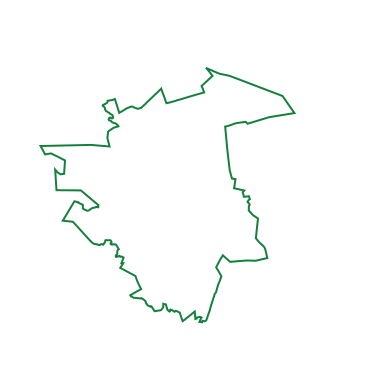 Teopisca, Chiapas, Mexico (Robinson projection), rotated 332°
{"feature_id": "50627088B78954166074167", "entity_name": "Teopisca", "entity_type": "district", "adm_level": 2, "iso_a3": "MEX", "parent_name": "Mexico", "parent_adm1": "Chiapas", "projection": "robinson", "projection_center": [-92.534, 16.553], "detail": "fine", "context": "isolated", "style": "outline", "palette": "green", "viewbox_px": 384, "rotation_deg": 332, "n_neighbors": 0, "source": "geoboundaries", "source_scale": "gbopen_adm2", "svg_char_len": 5771}
<svg xmlns="http://www.w3.org/2000/svg" viewBox="0 0 384 384"><g transform="rotate(332 192 192)"><path d="M213.3,86.3L212.9,86.5L212.4,86.6L211.3,86.9L207.9,87.9L205.6,88.5L203.8,89.0L196.8,91.0L195.5,91.3L193.2,92.0L192.2,92.4L188.8,93.2L187.6,93.5L186.7,93.9L185.6,93.6L184.5,93.4L183.3,93.1L182.6,92.5L181.9,91.7L181.1,90.9L180.4,89.9L179.7,88.8L178.4,88.0L176.9,87.8L175.1,87.7L174.0,87.5L164.9,88.0L167.0,76.9L167.5,73.6L165.0,73.4L160.3,71.9L160.1,72.4L160.0,72.5L159.5,72.8L159.2,73.1L158.9,73.3L158.7,73.4L157.9,73.5L154.0,73.4L153.8,73.6L153.7,73.9L153.8,74.3L154.4,75.7L154.5,76.1L154.5,76.8L154.4,77.3L154.3,77.6L154.2,77.9L154.1,78.2L154.0,79.2L154.0,80.0L154.9,81.3L155.2,82.1L155.5,82.5L156.0,83.2L156.6,84.9L156.8,85.2L157.4,85.9L157.8,86.9L157.8,87.3L157.6,88.3L157.5,88.7L157.3,89.1L157.1,88.9L156.7,89.4L156.3,89.6L156.1,89.6L155.8,89.4L155.1,88.2L154.8,87.9L154.6,87.8L154.3,87.8L153.8,87.8L153.6,87.9L153.3,88.1L153.2,88.2L152.9,88.4L152.6,88.6L152.4,88.9L152.4,89.2L152.4,89.4L152.5,89.7L152.6,90.0L153.7,90.9L153.8,91.3L153.8,91.7L154.0,92.4L154.1,92.5L154.5,93.2L154.8,93.5L155.1,93.9L155.3,94.4L155.7,94.7L156.0,95.1L156.5,95.3L157.1,96.2L157.4,96.8L157.5,97.5L157.7,98.1L158.0,99.0L157.9,99.5L153.3,98.5L147.4,99.0L146.1,99.5L142.6,104.7L140.6,113.1L124.9,103.0L79.9,80.3L80.0,89.9L85.6,91.7L88.6,95.8L94.7,104.5L87.6,115.9L84.1,114.6L82.4,111.2L81.7,108.0L73.2,126.8L94.6,138.4L103.2,159.7L102.8,160.2L102.8,160.3L102.5,160.7L102.5,160.8L102.1,161.4L101.7,161.4L101.2,160.9L101.0,160.5L100.6,160.4L100.3,160.2L100.0,160.2L99.6,160.2L99.0,160.1L97.6,159.7L97.4,159.6L97.0,159.5L96.8,159.4L96.0,159.4L95.5,159.4L95.3,159.4L94.1,159.5L93.8,159.6L93.4,159.6L92.9,159.7L92.2,159.8L91.8,159.7L91.0,159.5L90.6,159.3L89.7,158.1L89.1,157.4L87.8,155.4L89.6,152.2L88.8,150.9L88.3,150.4L87.4,149.2L86.9,148.3L86.9,147.7L86.7,147.6L86.5,147.4L85.9,147.3L85.6,147.0L85.3,146.4L85.1,146.0L84.6,145.6L84.1,145.5L83.9,145.4L83.7,145.1L64.5,156.7L72.9,162.4L79.5,188.3L79.8,188.5L79.8,188.9L79.9,189.6L80.2,190.0L81.0,191.6L81.7,192.3L82.6,192.9L83.0,193.4L83.5,193.6L84.0,193.9L84.4,194.4L84.5,194.8L85.4,195.4L85.9,195.5L86.1,195.5L86.3,195.4L86.8,195.3L87.2,195.4L87.8,195.7L88.2,196.0L88.5,196.6L88.9,196.8L90.4,196.1L90.6,196.0L91.2,195.6L91.5,195.5L91.8,195.3L92.2,194.8L92.2,194.7L92.4,194.5L92.5,194.3L92.9,194.0L93.1,193.9L94.1,194.5L94.7,195.0L95.0,195.2L95.6,195.3L96.8,196.0L97.1,196.2L97.5,196.8L97.6,197.6L97.4,198.4L97.4,198.6L97.0,198.9L96.7,198.8L96.1,198.9L95.8,199.3L95.8,199.6L96.1,200.5L97.2,201.1L97.3,201.1L97.8,201.1L98.0,201.2L98.5,201.7L98.7,201.8L99.0,201.8L99.3,201.9L100.2,202.8L100.5,208.1L99.7,208.2L99.2,208.4L98.6,208.8L98.2,209.2L98.0,209.5L97.9,209.9L97.1,211.4L96.8,211.7L96.1,212.1L95.3,212.1L95.0,212.3L94.6,212.7L94.4,213.1L94.4,213.3L94.4,213.6L94.7,213.9L96.1,214.1L96.5,214.2L96.9,214.4L97.1,214.4L97.5,214.2L97.7,214.3L98.0,214.4L98.1,214.7L98.1,215.0L98.2,215.4L98.6,215.6L99.0,215.7L99.5,215.9L99.9,216.3L100.2,217.1L100.8,217.7L96.3,221.7L97.9,222.6L93.0,225.3L102.6,239.6L102.0,243.6L101.6,248.0L101.5,253.9L96.0,253.9L89.0,254.2L89.1,255.5L89.7,256.0L90.0,256.7L90.4,257.4L90.9,258.1L91.7,258.5L94.2,260.3L94.6,260.4L95.4,261.0L95.7,261.3L96.1,261.6L96.4,261.7L97.0,261.7L97.3,261.9L97.3,262.1L97.4,262.4L98.0,262.8L98.8,264.2L99.3,265.5L99.4,265.9L99.5,266.4L99.7,266.8L99.7,267.2L99.4,267.6L99.3,268.3L99.2,268.9L99.3,269.6L99.5,269.8L99.5,270.3L99.5,271.0L100.0,271.9L100.2,272.2L100.3,272.4L100.6,272.5L100.9,272.6L101.2,272.8L101.3,273.0L101.3,273.6L101.6,273.9L102.2,273.8L102.5,273.9L103.0,279.7L109.1,281.8L109.6,281.6L110.4,281.3L111.2,280.8L112.0,280.5L112.3,280.2L112.6,280.1L112.7,279.9L112.9,279.6L113.0,279.4L113.3,278.9L113.3,278.7L114.0,277.8L114.2,277.3L114.6,277.7L116.2,279.0L116.0,279.8L115.7,281.0L115.6,281.4L115.5,282.6L115.2,282.9L115.0,284.7L115.3,285.1L115.4,285.7L115.9,287.0L116.1,287.0L116.5,287.0L116.7,286.8L117.6,285.6L117.9,285.7L118.0,286.0L118.3,286.3L118.5,286.6L119.0,287.1L119.7,288.3L119.8,288.7L120.1,289.1L120.3,289.5L120.5,289.6L120.9,289.3L121.3,289.2L121.7,289.3L121.8,289.4L122.1,289.4L122.2,289.5L122.5,289.8L123.5,291.4L124.3,292.3L124.5,292.7L124.5,293.0L123.3,299.9L123.2,301.7L125.3,301.3L125.9,301.3L126.8,301.0L128.1,300.8L129.8,300.5L130.4,300.4L138.3,298.8L135.4,305.7L137.0,305.9L137.7,305.2L140.2,305.9L140.9,306.5L141.5,307.3L140.5,307.8L137.6,310.2L138.6,310.9L139.8,311.8L140.8,310.7L142.2,312.0L144.2,312.1L146.7,309.9L148.6,308.0L149.7,307.0L152.1,304.9L153.0,303.9L153.5,303.2L156.4,300.3L157.2,299.6L160.5,296.3L163.0,294.0L164.0,292.7L166.2,291.8L166.7,291.1L167.6,290.3L169.7,288.0L171.3,286.4L172.9,285.0L174.2,284.0L175.3,283.0L176.4,282.0L176.4,281.9L176.6,281.7L177.1,281.4L177.4,281.1L178.4,280.2L178.2,274.0L178.2,273.9L178.0,269.8L185.5,264.7L189.5,262.4L192.9,271.6L201.4,275.2L208.2,278.2L216.2,282.7L217.9,283.1L227.5,285.7L229.9,276.6L229.8,273.8L227.7,267.8L226.7,262.8L237.8,246.4L235.0,241.1L234.2,238.1L234.1,237.9L234.1,237.2L233.8,236.8L233.7,236.2L233.7,235.6L233.4,235.0L234.2,233.7L234.7,232.6L235.8,231.0L236.4,230.7L237.2,229.8L237.1,229.6L237.0,228.8L236.8,228.3L236.6,227.8L236.4,226.7L237.9,226.0L238.2,225.7L239.7,225.5L240.3,222.5L235.6,220.6L236.7,216.0L238.8,215.2L230.9,208.4L232.8,206.0L236.4,201.0L234.6,199.7L233.6,198.9L234.7,193.9L235.1,192.4L235.6,190.2L242.9,171.6L252.0,149.8L252.8,150.1L255.4,150.7L259.0,151.3L260.8,151.4L262.8,151.9L264.5,152.4L272.3,155.2L273.1,157.8L295.4,162.2L319.5,170.4L317.0,149.7L279.6,107.0L271.7,100.4L262.6,89.0L263.6,93.1L264.6,99.1L250.2,102.9L250.0,106.8L249.4,109.8L238.9,107.5L224.3,104.6L222.7,104.2L219.9,103.7L217.1,103.1L215.4,102.7L214.4,102.5L211.1,101.6L211.2,100.9L211.6,98.2L212.2,94.6L212.5,91.9L213.3,86.3Z" fill="none" stroke="#15803d" stroke-width="2"/></g></svg>